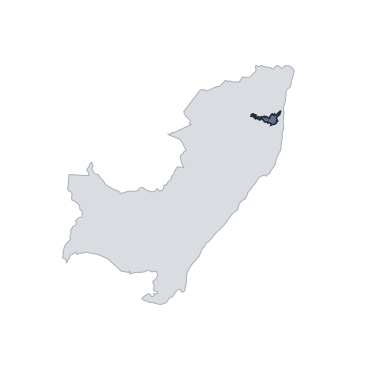 Condesuyos, Arequipa, Peru (highlighted), rotated 244°
{"feature_id": "86281439B62702709218494", "entity_name": "Condesuyos", "entity_type": "district", "adm_level": 2, "iso_a3": "PER", "parent_name": "Peru", "parent_adm1": "Arequipa", "projection": "robinson", "projection_center": [-72.507, -15.547], "detail": "fine", "context": "in_parent", "style": "filled", "palette": "slate", "viewbox_px": 384, "rotation_deg": 244, "n_neighbors": 0, "source": "geoboundaries", "source_scale": "gbopen_adm2", "svg_char_len": 8050}
<svg xmlns="http://www.w3.org/2000/svg" viewBox="0 0 384 384"><g transform="rotate(244 192 192)"><path d="M262.7,113.5L262.6,114.5L261.4,115.0L260.4,114.3L258.8,114.5L256.5,112.1L251.0,112.5L248.6,115.3L244.9,115.9L240.9,117.2L236.4,117.7L229.3,122.2L227.7,124.0L224.5,126.6L221.8,127.5L220.5,135.6L218.0,140.4L217.0,143.0L218.4,146.9L218.3,148.8L216.9,150.4L215.7,150.5L213.3,152.2L209.7,155.8L209.0,158.5L210.2,162.2L209.8,162.6L206.8,163.3L206.9,165.3L206.3,166.1L208.8,169.0L210.2,169.6L210.3,170.4L210.1,171.1L209.5,171.4L209.5,172.1L211.3,174.2L212.6,178.6L215.3,180.7L215.3,182.1L216.1,183.5L217.4,184.5L220.6,188.8L220.7,190.8L217.4,195.4L222.9,195.4L228.9,197.0L229.8,197.7L230.5,199.8L230.6,201.2L231.8,202.3L231.7,204.8L239.7,204.9L244.8,204.2L253.2,196.5L254.5,195.9L253.8,197.5L253.7,198.8L254.2,200.1L253.2,202.0L253.1,220.8L254.6,219.8L256.6,221.5L258.0,221.6L262.6,219.5L267.9,219.8L280.2,244.4L279.1,246.1L279.2,247.3L277.7,248.4L276.1,250.4L276.0,260.1L274.8,263.1L275.5,264.6L276.1,267.7L277.3,269.6L277.6,270.8L277.4,271.3L275.7,272.3L275.6,274.1L272.5,277.6L271.9,279.9L270.8,280.7L270.5,283.4L273.3,287.7L271.5,290.3L269.9,294.1L272.6,302.2L273.8,303.3L275.0,303.3L276.8,304.0L277.8,305.2L275.5,306.7L275.2,307.3L275.3,310.0L272.8,312.0L269.5,317.0L268.6,317.3L266.9,318.8L266.6,319.6L266.9,320.3L268.3,321.8L268.5,323.7L266.1,325.9L264.4,326.2L263.8,326.8L264.4,329.9L264.4,331.3L263.9,333.0L262.7,334.7L259.2,336.6L255.9,337.0L250.4,332.3L248.7,330.4L243.3,326.5L242.4,322.3L240.6,320.3L237.3,318.8L234.6,316.7L232.6,315.7L227.7,311.0L223.2,309.5L214.8,304.6L210.3,303.0L204.5,298.4L201.3,297.2L198.8,295.0L191.2,290.5L190.0,289.0L188.8,286.8L187.1,285.4L185.2,282.4L182.4,280.6L179.7,278.2L176.3,271.7L174.7,270.2L174.6,267.3L173.5,266.0L175.1,265.0L176.1,260.4L175.6,258.2L171.7,252.0L170.9,249.5L168.1,244.8L167.1,242.0L164.8,239.9L163.8,238.1L162.6,237.4L162.5,235.2L161.6,231.1L160.4,229.0L155.9,225.2L155.4,221.0L154.4,218.0L148.1,206.2L144.4,194.8L141.3,188.5L140.1,184.8L140.0,182.9L137.7,179.5L136.4,176.4L131.3,170.5L128.4,163.9L127.9,161.9L125.9,158.3L122.6,153.6L121.0,151.7L111.2,145.9L106.6,142.3L106.0,140.5L106.3,139.4L107.3,138.4L108.7,139.2L109.5,138.9L110.2,137.6L110.2,135.6L109.3,133.1L106.2,128.2L107.0,126.0L103.8,120.3L104.5,114.8L105.2,113.5L110.0,107.9L111.3,105.5L113.3,104.0L115.4,101.8L117.9,100.0L118.6,100.6L119.3,103.6L119.2,105.6L119.9,107.8L118.2,109.8L116.3,109.4L115.6,109.9L115.3,110.8L115.6,112.4L116.1,113.0L117.5,113.0L115.6,116.0L115.8,116.6L117.1,117.1L118.3,116.3L119.7,114.7L120.5,114.4L125.3,117.3L127.5,116.9L129.2,118.3L129.4,120.4L131.8,124.4L135.4,125.4L136.0,125.1L136.8,123.6L137.6,123.3L137.7,121.1L140.8,118.6L141.3,117.0L140.8,115.8L140.9,114.9L142.7,109.5L143.3,109.0L143.8,107.3L144.5,106.2L145.5,100.2L146.4,100.2L147.2,101.6L148.2,101.3L147.6,99.9L147.8,99.4L151.2,94.6L152.3,93.6L168.8,87.0L177.0,80.2L184.3,70.6L186.6,61.0L187.4,61.7L188.8,61.5L188.3,57.6L188.6,55.7L188.6,55.2L186.3,52.9L185.4,50.3L183.4,48.9L183.5,48.3L185.6,48.9L187.5,48.6L189.1,47.0L190.3,47.2L193.0,49.4L195.0,49.6L195.7,51.1L197.6,52.2L200.4,55.6L201.7,59.2L201.6,59.9L202.8,61.8L205.5,62.7L208.2,65.3L211.0,66.2L212.2,68.6L213.0,69.3L213.3,70.7L212.9,72.3L213.3,73.2L215.4,74.6L217.1,74.7L217.5,75.4L218.5,79.3L217.8,81.4L218.1,82.5L220.4,83.4L221.1,84.3L222.9,84.5L225.5,83.6L228.7,84.9L231.2,84.4L232.3,84.1L233.5,83.2L234.5,83.2L237.0,80.7L237.7,80.5L240.4,81.6L242.7,83.4L245.5,83.0L246.6,81.9L248.7,81.3L252.3,83.5L253.1,84.5L254.1,84.7L258.1,86.8L258.8,87.7L260.9,88.5L261.3,89.2L261.2,89.9L251.9,106.3L254.8,107.6L257.4,106.8L258.8,107.9L259.8,110.5L261.9,112.3L262.7,113.5Z" fill="#d9dde1" stroke="#a8b0b8" stroke-width="1"/><path d="M226.0,306.6L225.7,306.2L225.7,305.8L225.6,305.4L225.4,305.1L225.3,304.8L225.1,304.4L225.2,303.7L224.9,303.6L224.7,303.3L224.7,302.9L224.6,302.4L224.7,302.0L224.7,301.7L224.4,301.3L224.3,300.7L224.5,299.9L224.7,299.6L224.8,299.5L224.8,300.0L225.0,300.1L225.3,300.1L225.6,300.0L225.8,300.1L226.1,300.3L226.1,300.0L226.1,299.9L225.8,299.6L225.8,299.4L226.0,299.2L226.0,298.8L226.5,298.6L226.8,298.4L227.0,298.4L227.1,298.2L226.9,297.6L226.6,296.8L226.5,296.7L226.4,296.6L226.2,296.4L226.1,296.2L226.0,295.8L225.8,295.6L225.6,295.4L225.5,295.1L225.4,295.2L225.2,295.2L224.9,295.1L224.8,294.8L224.7,294.6L224.5,294.4L224.4,294.3L224.4,294.0L224.3,293.9L224.2,293.5L224.2,293.3L224.6,292.8L224.8,292.7L225.0,292.7L225.3,292.7L225.5,292.8L225.8,292.8L225.8,292.7L226.1,292.7L226.3,292.5L226.5,292.5L226.7,292.3L226.9,292.0L227.0,291.8L227.1,291.5L227.0,291.3L227.0,291.1L226.9,290.9L226.9,290.7L227.0,290.7L226.9,290.6L227.0,290.4L227.8,290.1L228.1,290.3L228.1,290.1L228.2,289.8L228.3,289.8L228.2,289.6L228.2,289.3L228.1,289.2L228.1,288.7L228.4,288.2L228.5,288.2L228.9,287.9L229.0,287.9L229.1,287.7L229.0,287.2L228.9,287.1L229.0,286.9L229.1,286.7L229.2,286.4L229.2,286.2L229.0,285.9L229.1,285.7L229.3,285.5L229.6,285.5L229.8,285.5L230.1,285.0L230.2,284.9L230.5,284.6L230.6,284.0L230.6,283.8L230.6,283.5L230.6,283.3L230.7,283.1L230.8,283.1L230.9,282.9L231.0,282.9L231.2,282.6L231.3,282.5L231.6,282.4L231.9,282.3L231.9,282.2L232.1,282.1L232.3,282.1L232.8,282.2L232.7,282.4L232.7,282.7L232.7,282.9L232.8,283.3L233.1,283.0L233.3,283.0L233.5,283.0L233.6,282.9L233.5,282.6L233.7,282.4L233.7,282.2L233.8,282.0L234.1,282.2L234.3,282.0L234.5,281.9L234.7,281.5L234.8,281.4L235.0,281.2L235.4,281.3L235.5,281.2L235.4,280.9L235.5,280.8L235.6,280.6L235.4,280.6L235.2,280.6L235.2,280.4L235.1,280.1L235.0,279.9L234.9,279.9L234.7,279.7L234.8,279.6L234.9,279.4L235.2,279.0L234.9,278.9L234.7,278.6L234.5,278.4L234.3,278.2L234.2,278.3L234.0,278.6L233.8,278.7L233.8,278.8L233.7,278.8L233.6,279.0L233.6,279.3L233.5,279.5L233.5,279.8L233.6,280.1L233.7,280.3L233.6,280.5L233.7,280.8L233.6,281.0L233.8,281.1L233.8,281.3L233.6,281.4L233.6,281.5L233.6,281.8L233.5,282.0L233.4,282.1L233.1,282.1L233.0,281.9L232.9,281.7L232.7,281.5L232.6,281.4L232.4,281.2L232.3,280.6L232.2,280.4L232.0,280.5L231.9,280.5L231.7,280.4L231.6,280.5L231.4,280.6L231.4,280.8L231.2,280.8L230.8,281.0L230.7,280.9L230.5,281.0L230.3,281.1L230.2,281.0L229.8,281.3L229.9,281.5L229.9,281.8L229.9,282.1L230.0,282.2L230.0,282.3L229.9,282.6L229.7,282.9L229.5,283.0L229.4,283.0L229.1,283.1L229.0,283.3L228.9,283.3L228.6,283.3L228.6,283.5L228.5,283.9L228.2,283.9L227.9,284.1L227.7,284.1L227.8,284.3L227.7,284.4L227.4,284.6L227.2,284.7L226.9,284.8L227.0,285.0L227.3,285.2L227.5,285.7L227.4,286.0L227.2,286.1L227.3,286.3L227.2,286.4L227.2,286.6L227.3,286.6L227.2,286.7L227.1,286.8L226.8,287.1L226.7,287.2L226.2,287.1L226.0,287.3L225.9,287.5L225.7,287.4L225.6,287.5L225.4,287.5L225.2,287.8L225.0,287.7L224.7,287.8L224.4,287.8L223.9,288.0L223.3,287.8L223.2,288.1L223.2,288.4L223.0,288.6L222.9,288.6L222.9,288.8L222.7,288.9L222.6,289.0L222.5,289.3L222.5,289.6L222.4,289.8L222.3,290.1L222.2,290.3L221.8,290.4L221.8,290.5L221.6,290.3L221.2,290.2L221.1,290.3L220.9,290.2L220.8,290.3L220.6,290.6L220.7,290.8L220.6,291.0L220.5,291.3L220.6,291.5L220.4,291.9L219.8,292.2L219.8,292.3L219.5,292.6L219.3,292.7L219.2,292.9L218.8,292.9L218.7,293.0L218.4,292.9L218.0,292.5L217.8,292.4L217.7,292.3L217.5,292.1L217.5,292.4L217.4,292.6L217.2,293.0L217.3,293.3L217.3,293.5L217.3,293.8L217.3,294.0L217.2,294.5L217.0,294.8L216.9,295.2L217.0,295.3L216.8,295.9L216.8,296.1L216.9,296.3L216.8,296.5L216.8,296.9L216.7,297.0L216.9,297.6L216.9,297.8L217.3,297.9L217.4,298.0L217.6,298.0L217.7,298.3L218.0,298.5L218.0,298.8L218.1,299.0L218.2,299.3L218.2,299.5L217.9,299.8L218.1,300.1L218.4,299.9L218.6,300.0L218.7,299.8L218.9,299.6L219.0,299.8L219.3,300.0L219.5,300.1L219.9,300.0L220.1,300.1L220.4,300.1L220.9,300.4L221.2,300.4L221.5,300.3L221.8,300.5L222.0,300.6L222.2,301.2L222.5,301.7L222.5,301.9L222.5,302.0L222.5,302.4L222.5,302.6L222.9,303.0L223.0,303.3L223.0,303.7L223.0,303.8L223.0,304.1L223.1,304.7L223.3,304.7L223.3,304.8L223.6,305.0L223.8,305.0L224.3,305.6L224.4,305.8L224.5,306.0L224.9,306.5L225.2,306.8L225.3,306.9L225.5,307.0L225.8,307.1L225.9,306.9L225.9,306.7L226.0,306.6Z" fill="#64748b" stroke="#1e293b" stroke-width="1.5"/></g></svg>